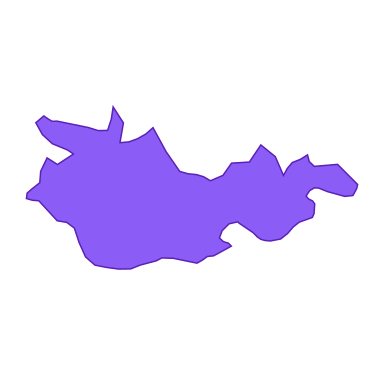 Gitega, Albers equal-area conic projection, rotated 93°
{"feature_id": "BDI-2639", "entity_name": "Gitega", "entity_type": "Province", "adm_level": 1, "iso_a3": "BDI", "parent_name": "Burundi", "parent_adm1": "", "projection": "albers", "projection_center": [29.917, -3.445], "detail": "fine", "context": "isolated", "style": "filled", "palette": "violet", "viewbox_px": 384, "rotation_deg": 93, "n_neighbors": 0, "source": "natural_earth", "source_scale": "10m", "svg_char_len": 1309}
<svg xmlns="http://www.w3.org/2000/svg" viewBox="0 0 384 384"><g transform="rotate(93 192 192)"><path d="M175.8,27.0L180.0,27.7L187.1,31.1L188.4,39.2L184.5,56.9L181.4,65.8L181.5,70.1L184.5,74.6L190.1,77.8L192.8,75.3L194.6,71.1L197.5,68.8L207.3,69.0L211.1,70.5L216.5,83.3L221.6,89.1L228.4,94.3L234.3,101.0L236.8,111.1L236.6,116.8L235.6,120.9L233.4,124.5L229.5,128.7L220.7,143.3L219.4,144.8L221.9,153.4L229.1,159.9L236.5,162.2L240.0,157.9L241.1,153.1L244.0,149.9L254.6,167.0L255.6,173.3L259.5,178.1L262.8,183.3L259.2,207.2L259.4,218.6L262.6,224.1L267.6,239.6L272.0,249.2L272.8,261.2L271.8,273.3L270.1,285.1L262.4,294.9L248.4,302.1L234.2,307.6L228.9,315.5L227.8,325.1L208.8,344.5L208.6,350.9L207.2,357.0L201.8,356.6L197.3,352.0L190.7,344.5L179.3,344.2L165.5,338.5L171.6,327.8L160.3,312.4L156.6,318.4L151.1,334.0L142.5,344.4L131.0,351.6L123.8,344.0L126.5,339.6L128.7,335.4L128.3,330.4L133.1,298.6L135.6,288.9L134.9,279.5L123.5,276.4L111.2,275.2L126.6,264.1L146.5,266.5L145.3,257.8L141.8,249.5L136.4,241.0L129.8,234.3L153.2,219.9L172.1,205.3L174.0,196.8L174.4,188.3L176.2,181.1L179.8,174.2L173.8,162.0L161.1,154.0L159.1,136.3L141.4,125.7L152.3,110.7L170.7,101.5L163.7,98.2L157.4,93.5L153.6,85.3L148.9,78.6L155.5,76.5L160.0,71.2L156.8,48.1L175.8,27.0Z" fill="#8b5cf6" stroke="#5b21b6" stroke-width="1.5"/></g></svg>